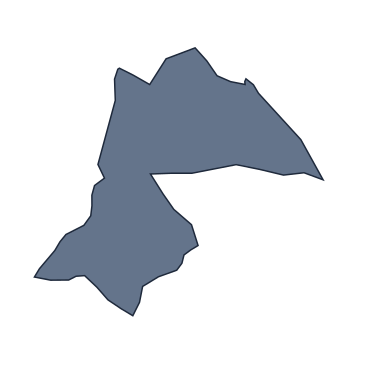 SVG path tracing the border of San Pedro de Macorís, rotated 110°
{"feature_id": "DOM-1396", "entity_name": "San Pedro de Macorís", "entity_type": "Province", "adm_level": 1, "iso_a3": "DOM", "parent_name": "Dominican Republic", "parent_adm1": "", "projection": "robinson", "projection_center": [-69.33, 18.599], "detail": "fine", "context": "isolated", "style": "filled", "palette": "slate", "viewbox_px": 384, "rotation_deg": 110, "n_neighbors": 0, "source": "natural_earth", "source_scale": "10m", "svg_char_len": 855}
<svg xmlns="http://www.w3.org/2000/svg" viewBox="0 0 384 384"><g transform="rotate(110 192 192)"><path d="M325.8,311.0L316.2,309.1L293.9,300.9L283.8,299.0L275.0,295.9L260.3,282.2L249.0,279.0L239.2,281.3L229.2,285.0L219.2,285.8L208.9,279.0L198.3,289.8L132.2,295.4L112.4,303.4L102.0,303.7L100.5,302.6L102.3,287.2L105.5,268.5L75.7,261.9L55.5,238.4L63.7,223.0L74.2,208.2L75.1,193.5L72.8,178.9L70.1,180.2L67.2,180.0L70.2,171.0L76.5,163.3L105.6,107.6L135.7,73.0L135.6,93.3L144.8,111.8L147.6,136.1L151.2,159.9L162.8,179.2L174.4,198.5L181.5,218.0L189.3,237.2L203.7,218.6L214.6,203.1L222.9,181.3L240.2,168.0L246.9,173.4L253.9,178.0L262.4,177.1L270.7,179.6L283.1,194.5L297.6,206.1L313.6,203.6L328.5,205.3L325.9,218.8L322.1,234.1L314.0,248.8L307.3,264.3L310.8,272.1L316.9,277.8L323.2,294.7L325.8,311.0Z" fill="#64748b" stroke="#1e293b" stroke-width="1.5"/></g></svg>